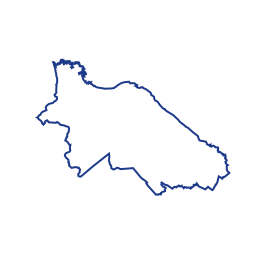 the district of Hå nor, Rogaland, Norway, rotated 158°
{"feature_id": "86288312B80331552977224", "entity_name": "Hå nor", "entity_type": "district", "adm_level": 2, "iso_a3": "NOR", "parent_name": "Norway", "parent_adm1": "Rogaland", "projection": "orthographic", "projection_center": [5.745, 58.591], "detail": "fine", "context": "isolated", "style": "outline", "palette": "blue", "viewbox_px": 256, "rotation_deg": 158, "n_neighbors": 0, "source": "geoboundaries", "source_scale": "gbopen_adm2", "svg_char_len": 5837}
<svg xmlns="http://www.w3.org/2000/svg" viewBox="0 0 256 256"><g transform="rotate(158 128 128)"><path d="M79.2,42.1L75.8,43.5L73.2,38.9L72.0,39.1L70.2,40.9L68.2,42.1L67.9,42.8L67.1,42.8L65.8,43.9L61.9,49.1L60.4,47.2L59.7,45.7L59.0,46.0L58.1,46.9L56.7,46.5L50.2,48.5L50.8,48.6L50.5,49.1L51.0,48.8L51.5,49.4L51.9,50.8L52.0,52.2L50.8,55.5L50.3,56.1L49.4,56.2L50.4,57.9L50.5,58.9L50.2,59.1L50.3,60.2L48.7,60.8L48.6,62.2L49.3,63.0L49.3,63.6L49.1,64.2L48.3,64.7L48.5,64.9L48.3,65.2L48.3,65.8L47.9,66.4L47.8,66.9L48.4,67.5L48.3,67.3L48.7,66.7L49.8,66.8L50.0,67.5L49.3,67.6L49.7,68.0L49.6,68.5L50.9,69.6L51.2,70.7L51.5,71.1L53.2,71.7L52.8,72.8L53.3,73.2L53.3,73.4L52.8,73.8L52.8,74.2L52.0,75.4L51.8,76.2L54.0,77.2L54.5,77.9L54.5,78.5L55.4,79.6L57.6,79.5L58.2,80.2L58.0,80.7L58.6,80.3L58.8,80.5L58.3,81.0L57.8,80.8L57.8,81.4L58.3,81.9L59.7,82.1L60.9,83.3L60.7,84.4L60.9,86.2L66.0,89.4L66.4,90.0L66.5,91.8L66.2,94.0L66.5,94.9L69.2,99.4L72.4,105.9L73.8,107.3L74.5,108.9L77.7,114.4L78.4,117.0L81.4,123.3L85.8,129.1L86.8,131.0L86.6,131.4L87.2,130.8L86.7,131.6L87.9,132.7L88.4,133.6L89.8,137.3L90.6,140.8L91.2,142.0L92.5,143.4L92.7,144.6L92.6,146.1L92.2,147.2L92.7,148.2L93.9,149.6L94.0,150.2L93.7,151.1L93.9,152.5L96.8,157.2L98.9,159.3L99.1,160.3L100.3,160.8L101.6,160.6L102.5,160.9L104.4,162.3L104.6,162.8L104.3,162.8L104.5,163.8L103.9,164.2L104.4,164.4L103.9,164.5L103.7,164.0L103.6,164.4L104.3,164.8L104.7,165.6L104.6,166.0L105.5,167.2L108.0,168.3L109.0,168.4L109.4,169.1L109.7,170.5L114.1,171.8L117.9,172.1L121.9,171.4L123.3,170.8L124.7,170.8L125.7,170.3L128.1,170.7L134.5,173.0L141.1,177.0L142.3,178.0L143.0,179.5L143.9,179.6L144.0,180.2L144.5,180.5L145.0,182.2L145.8,182.8L145.6,183.4L146.0,183.3L146.0,183.7L146.4,183.4L146.0,183.9L146.6,183.6L146.1,184.0L147.0,183.8L146.6,184.1L146.6,184.4L146.1,184.6L146.6,184.7L147.5,183.7L147.3,184.2L148.0,184.1L147.7,184.2L147.6,184.6L148.0,184.3L148.3,184.6L147.7,184.8L147.7,185.2L148.3,185.0L148.5,184.5L148.8,185.0L149.1,184.6L148.9,184.5L149.2,184.5L149.3,184.8L148.9,185.2L149.8,185.7L150.0,186.4L150.4,186.5L150.0,187.2L150.3,187.2L150.8,188.1L151.2,189.5L151.3,190.9L151.1,191.5L150.7,191.9L149.7,191.9L150.4,192.9L151.0,193.1L151.0,193.5L148.7,193.1L148.5,193.4L149.3,193.6L148.4,193.8L148.9,194.1L149.2,195.2L150.0,195.4L150.0,195.9L150.4,195.5L152.2,196.4L153.1,196.3L152.9,197.3L150.9,196.9L150.7,197.1L151.1,197.4L150.4,197.4L150.4,197.1L150.2,196.6L149.4,196.4L149.7,196.3L149.1,195.7L147.9,195.7L147.8,196.2L147.5,196.2L147.0,194.7L147.2,193.8L146.8,193.7L146.6,194.5L147.3,196.9L148.4,197.9L148.3,198.7L149.2,199.4L147.1,198.8L146.8,198.9L147.8,199.5L147.8,199.8L147.4,199.9L147.4,200.7L146.6,200.5L146.6,201.8L147.0,202.2L148.1,203.0L149.0,202.9L149.5,203.2L149.7,203.6L149.3,204.1L149.2,204.5L149.5,205.1L149.1,204.9L148.9,206.7L149.8,206.8L150.0,206.9L149.8,207.3L150.4,207.3L150.4,207.7L151.6,207.4L151.4,208.4L152.2,208.6L152.2,208.0L153.4,208.0L153.4,207.6L154.2,207.5L154.2,208.3L154.8,208.4L155.2,209.5L155.7,209.6L156.2,209.4L156.4,207.3L156.6,206.3L156.2,204.9L157.1,204.8L156.8,205.2L156.9,205.4L157.6,205.7L156.8,206.1L156.7,207.1L156.9,207.2L157.0,208.0L156.6,209.2L157.0,209.2L156.9,208.9L157.8,209.1L157.6,209.5L157.1,209.5L157.4,210.1L157.0,210.1L157.0,211.5L157.8,211.2L157.7,212.1L159.1,212.3L159.1,212.7L160.5,213.1L160.5,212.1L159.2,212.1L159.2,211.6L159.8,211.6L160.0,210.6L160.6,210.7L160.4,211.9L160.8,211.9L160.8,211.3L162.6,211.6L163.0,211.4L163.0,211.8L163.6,211.6L163.4,213.2L164.2,214.8L163.0,214.4L163.1,214.0L162.7,214.0L162.7,213.2L162.3,213.3L162.1,214.3L162.2,214.7L162.7,214.8L162.9,215.2L162.8,215.6L164.4,216.2L164.7,213.8L165.8,215.0L166.6,214.1L166.4,213.5L167.1,213.5L167.4,212.1L167.5,213.0L168.4,214.3L169.5,214.0L169.8,213.0L171.0,213.6L171.5,213.2L171.8,213.7L171.9,213.0L172.3,214.0L171.5,214.4L171.7,215.2L171.6,215.3L171.6,215.6L171.8,215.7L172.1,216.9L172.7,217.1L172.8,214.9L173.1,213.4L172.8,212.2L173.2,211.4L173.5,208.9L174.1,207.2L174.1,205.5L174.7,204.4L175.2,200.3L176.7,196.6L178.5,194.8L178.4,194.0L180.4,190.0L181.2,187.6L183.8,186.1L183.7,184.6L182.4,183.5L182.9,181.5L185.1,180.2L186.5,180.2L188.0,179.4L192.4,179.9L195.1,179.1L196.6,177.9L196.9,175.1L201.2,175.0L202.7,174.4L204.3,173.1L206.1,172.9L207.5,171.5L208.2,171.6L207.8,171.0L207.6,169.9L206.2,167.5L205.7,165.8L205.8,164.4L205.2,162.8L203.3,163.7L203.2,164.4L202.5,164.6L202.1,165.2L200.2,165.5L199.7,164.4L199.4,163.1L199.0,162.8L192.9,159.8L191.5,160.1L190.2,158.3L189.9,157.0L189.0,155.9L186.7,154.6L182.7,151.1L183.0,149.2L184.7,146.3L186.4,145.4L186.7,144.5L187.5,143.4L187.5,142.9L187.7,142.5L188.6,142.4L189.1,141.4L190.2,140.8L190.8,139.9L189.3,137.8L188.4,133.3L188.1,133.4L189.7,130.5L189.9,128.8L190.9,127.9L194.8,127.9L196.1,127.2L196.8,126.3L196.8,124.8L196.5,123.8L195.2,120.9L195.6,118.8L196.0,118.7L195.9,118.5L196.1,117.9L195.9,116.6L196.7,115.5L196.4,114.5L195.2,112.1L191.5,111.5L190.2,110.7L189.2,109.6L188.6,109.7L188.0,107.4L189.0,106.3L189.3,105.1L191.4,103.9L192.0,102.2L191.5,101.5L190.0,100.6L174.5,105.7L155.2,111.3L156.0,108.4L157.9,104.9L158.3,100.4L157.9,99.9L157.8,99.3L158.5,96.9L156.7,94.8L153.1,95.2L152.2,94.8L150.4,92.7L141.3,89.8L141.2,89.1L141.0,89.7L138.3,88.9L134.4,76.6L132.0,72.9L130.7,70.3L131.7,70.0L131.3,67.4L127.0,55.6L126.0,55.6L124.9,54.8L124.4,55.1L122.7,54.8L122.7,54.2L122.3,54.1L121.6,55.0L121.6,55.5L120.3,55.8L117.3,55.6L117.0,56.8L115.6,58.3L115.6,58.7L117.6,60.6L118.2,63.3L117.4,63.9L117.5,65.5L115.1,61.7L112.9,60.0L109.5,55.1L107.1,56.1L105.4,54.9L104.9,55.4L103.6,55.1L102.7,55.7L102.1,55.4L101.8,54.5L101.3,54.1L100.0,54.3L100.1,54.0L99.4,52.9L98.9,51.3L97.7,52.0L97.4,51.5L96.1,51.2L96.0,50.7L94.6,50.3L93.5,49.5L92.4,49.4L92.7,48.8L92.6,48.4L89.6,49.4L89.0,49.3L88.4,49.7L88.3,50.6L86.6,50.4L86.5,49.7L85.6,49.3L84.9,50.4L84.3,47.4L79.2,42.1Z" fill="none" stroke="#1e3a8a" stroke-width="2"/></g></svg>